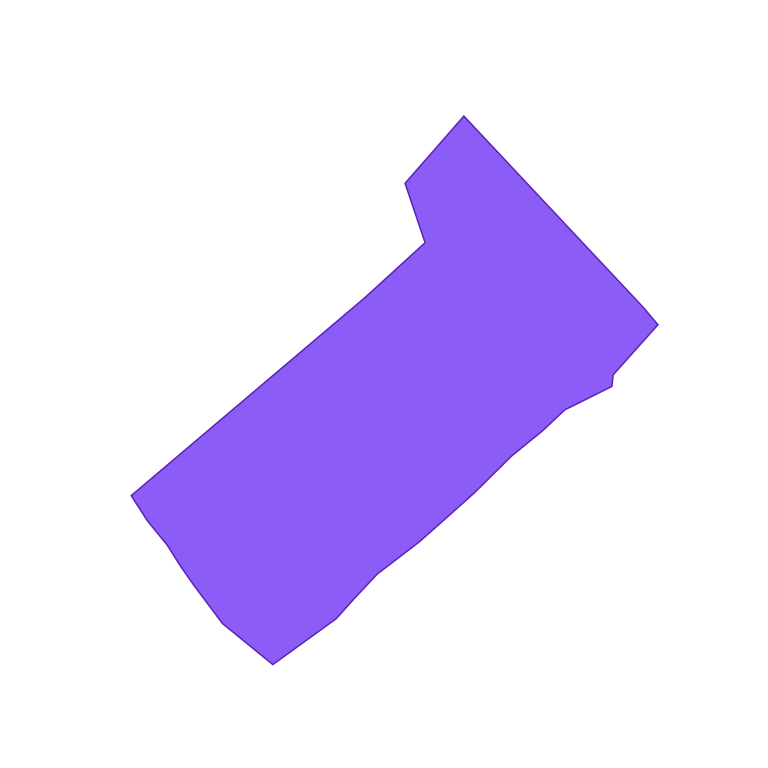 Tumaseu, Tuvalu, rotated 158°
{"feature_id": "33948139B75892049878834", "entity_name": "Tumaseu", "entity_type": "district", "adm_level": 2, "iso_a3": "TUV", "parent_name": "Tuvalu", "parent_adm1": "", "projection": "orthographic", "projection_center": [178.68, -7.489], "detail": "fine", "context": "isolated", "style": "filled", "palette": "violet", "viewbox_px": 768, "rotation_deg": 158, "n_neighbors": 0, "source": "geoboundaries", "source_scale": "gbopen_adm2", "svg_char_len": 483}
<svg xmlns="http://www.w3.org/2000/svg" viewBox="0 0 768 768"><g transform="rotate(158 384 384)"><path d="M660.2,375.2L654.6,345.6L645.5,316.3L640.8,290.9L635.8,269.0L623.5,222.4L592.2,165.5L516.2,184.3L492.1,196.1L461.2,210.4L411.1,224.2L377.7,236.0L341.3,249.1L308.5,262.8L293.4,269.2L254.0,281.4L226.1,292.3L173.6,296.4L168.0,306.7L107.8,336.3L115.0,358.2L209.6,602.5L289.3,562.2L293.0,499.6L369.8,471.1L660.2,375.2Z" fill="#8b5cf6" stroke="#5b21b6" stroke-width="1.5"/></g></svg>